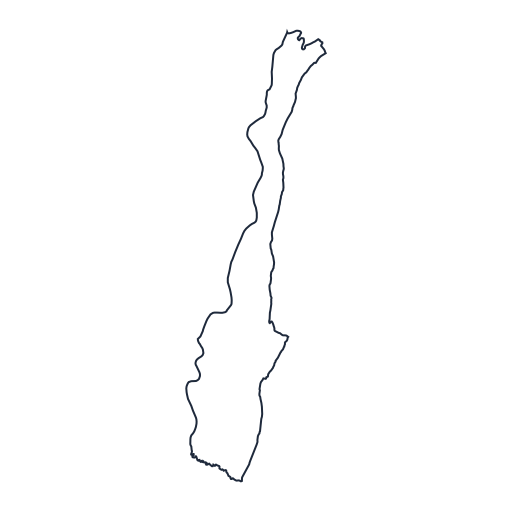 Suaréz, Tolima, Colombia
{"feature_id": "7082276B98647828485623", "entity_name": "Suaréz", "entity_type": "district", "adm_level": 2, "iso_a3": "COL", "parent_name": "Colombia", "parent_adm1": "Tolima", "projection": "natural_earth1", "projection_center": [-74.802, 4.081], "detail": "fine", "context": "isolated", "style": "outline", "palette": "slate", "viewbox_px": 512, "rotation_deg": 0, "n_neighbors": 0, "source": "geoboundaries", "source_scale": "gbopen_adm2", "svg_char_len": 5995}
<svg xmlns="http://www.w3.org/2000/svg" viewBox="0 0 512 512"><path d="M287.2,32.2L287.1,32.7L282.9,41.8L282.3,44.5L281.5,45.6L278.7,48.0L276.6,49.3L275.6,50.1L274.0,52.9L273.4,54.8L272.3,67.0L271.7,71.8L272.0,78.7L271.8,84.1L271.6,85.3L269.6,89.3L267.7,90.3L267.3,90.9L267.0,91.6L266.8,92.9L266.8,94.8L265.7,100.6L265.6,101.4L265.7,102.6L266.7,105.6L266.7,107.6L265.8,110.6L265.5,112.3L265.1,113.9L263.8,116.2L262.9,117.1L260.4,118.2L255.8,121.2L250.5,125.3L249.0,127.1L248.4,128.3L247.4,132.1L247.2,134.5L247.5,136.4L248.8,138.8L250.6,141.1L253.3,145.6L255.2,148.0L257.5,151.3L260.2,159.8L261.2,162.3L262.8,166.8L262.8,168.2L262.6,170.6L261.9,173.3L261.9,174.4L261.6,175.7L260.5,178.0L257.8,182.5L253.8,191.6L253.0,195.0L253.8,201.2L254.3,203.5L255.9,207.7L256.8,212.9L256.8,217.6L256.4,219.9L256.1,220.9L255.5,221.8L254.4,222.7L251.8,224.0L249.8,225.4L246.2,228.6L244.4,230.9L243.1,233.4L241.0,238.7L238.3,244.6L235.2,252.1L232.5,259.4L231.3,261.9L230.7,264.3L229.5,270.9L227.8,278.0L227.8,279.6L227.8,282.3L229.9,289.2L230.6,292.3L231.5,297.5L231.7,300.2L231.6,302.7L231.5,304.0L231.0,305.1L226.9,310.3L226.4,311.4L225.1,312.2L222.3,312.8L220.9,312.8L217.0,312.6L214.4,312.6L212.9,312.9L210.5,314.4L207.6,318.6L206.4,321.1L204.4,326.1L203.1,329.7L202.8,331.1L200.4,336.5L197.8,339.0L198.0,340.7L198.9,342.9L199.9,344.1L200.9,346.0L202.3,348.1L202.9,349.6L203.4,353.1L202.7,355.0L201.5,356.3L198.5,358.2L196.9,359.6L196.1,360.8L195.6,362.4L195.5,363.6L195.8,364.9L196.5,366.1L199.4,372.2L199.9,373.8L200.0,375.0L199.9,376.3L199.5,377.4L199.0,378.9L197.6,380.2L196.0,381.0L191.2,381.2L188.7,382.1L187.9,383.2L187.2,384.7L186.6,386.3L186.3,388.4L186.6,392.2L187.0,394.5L188.0,398.9L191.3,405.9L192.9,410.5L196.0,417.8L196.4,419.4L196.6,421.6L196.5,423.7L195.9,426.9L195.2,429.0L194.2,431.5L193.0,433.4L191.3,435.4L190.6,437.4L190.4,439.2L190.3,444.1L190.6,445.2L191.3,446.5L191.7,450.3L192.0,451.1L191.7,452.6L191.2,453.8L191.1,454.3L191.3,454.7L191.7,454.8L192.3,454.7L193.4,454.0L193.6,454.0L193.7,454.5L193.6,455.0L192.4,456.2L192.4,456.7L192.6,457.2L194.3,457.6L195.1,457.3L195.5,456.3L196.0,456.3L196.3,456.7L197.4,460.0L197.6,460.3L198.4,460.7L198.7,460.5L198.9,460.0L199.5,459.9L200.1,461.3L200.7,461.9L201.0,461.9L201.3,461.8L201.7,460.9L202.0,460.8L202.4,461.9L202.8,462.1L203.1,462.1L203.5,461.6L203.8,462.2L204.2,462.5L205.6,462.3L206.6,462.9L206.9,463.4L206.8,463.6L206.2,463.6L205.9,464.0L206.3,464.7L207.5,464.6L209.0,463.7L209.3,463.7L209.8,464.4L211.9,466.2L212.7,466.2L212.9,465.9L213.3,464.7L214.6,465.8L215.0,465.8L215.3,465.5L215.6,464.7L216.0,464.6L217.3,465.4L219.2,466.1L219.5,466.6L219.4,468.2L219.6,468.6L221.3,469.7L221.6,469.8L222.5,469.4L223.1,469.9L223.7,470.7L225.3,470.1L225.9,470.2L226.2,470.5L226.4,472.1L227.0,472.9L227.4,473.2L228.5,475.9L229.5,476.4L230.3,477.0L230.6,478.4L231.0,479.0L231.8,479.0L232.4,478.3L232.7,478.3L233.1,478.4L234.3,479.5L236.1,480.5L236.7,480.6L238.8,480.4L239.8,480.7L240.7,481.3L241.5,481.2L241.9,481.0L242.0,477.9L242.2,477.2L248.9,464.9L249.3,464.0L249.5,462.9L250.2,460.9L256.6,444.7L257.4,442.3L257.5,441.3L257.4,440.1L257.9,436.2L258.6,434.5L259.4,433.5L259.6,432.0L260.0,431.3L261.3,418.9L261.9,416.8L262.2,414.0L261.9,406.8L261.4,403.0L260.5,399.0L260.2,396.9L259.5,395.6L259.4,394.9L259.4,393.7L259.9,390.2L259.5,389.2L260.4,383.6L261.0,382.0L262.6,379.9L263.4,378.4L265.7,378.8L266.1,378.4L266.3,377.3L267.9,376.5L268.2,374.2L269.8,371.7L271.0,370.6L273.0,367.8L273.4,366.6L274.1,365.5L274.5,363.3L275.6,361.6L275.6,360.8L277.9,357.7L280.6,352.3L280.9,352.1L281.6,350.8L282.5,349.9L283.1,349.1L283.9,347.0L284.3,346.6L284.3,346.0L285.0,344.1L284.9,342.9L285.1,342.4L285.4,341.9L286.4,341.2L287.1,340.2L287.4,339.3L287.7,337.5L288.2,336.9L286.8,335.8L285.9,335.4L282.9,335.3L282.1,334.9L280.0,333.2L278.4,332.8L278.0,332.5L275.0,331.0L274.6,330.6L274.4,329.9L274.4,328.4L274.1,327.1L273.8,326.4L273.3,324.6L272.4,322.4L271.7,321.5L271.2,321.5L269.8,323.1L269.5,322.9L269.2,322.0L269.2,321.0L269.6,319.1L269.9,312.7L270.4,310.3L271.3,303.9L271.2,302.0L271.3,300.9L271.2,299.4L271.5,298.2L271.5,297.7L270.6,295.7L270.4,293.3L269.7,289.7L269.4,285.9L269.7,284.6L270.3,283.7L270.5,283.2L271.0,279.5L271.1,278.0L270.8,275.9L271.2,272.6L271.5,271.7L272.4,270.6L272.9,269.1L273.5,268.2L273.7,266.1L274.0,264.4L274.1,262.4L273.1,256.4L271.9,253.6L271.3,249.8L270.7,248.4L270.3,244.0L271.0,242.0L272.0,240.5L272.3,238.7L271.9,234.7L271.9,232.3L273.8,226.1L274.8,222.3L278.1,212.1L278.7,209.6L279.3,205.6L279.7,204.5L280.2,200.7L280.9,197.8L280.9,196.4L281.8,194.0L282.0,192.2L283.2,190.2L283.3,188.8L283.5,187.6L283.3,182.9L282.9,179.7L283.4,178.1L283.4,176.9L283.3,175.8L283.0,174.5L282.9,172.7L283.2,171.1L283.7,169.3L283.8,168.3L283.5,166.3L283.4,163.8L282.3,158.6L279.9,153.3L278.9,150.1L278.8,148.7L278.9,146.0L278.6,143.6L278.7,142.9L278.4,142.2L278.3,140.5L278.8,139.1L280.3,136.8L281.6,134.1L282.7,129.8L285.8,122.2L287.7,118.4L291.7,111.8L292.3,109.5L292.4,108.3L292.7,107.4L293.3,106.2L293.5,105.4L295.0,102.0L295.6,99.4L295.9,98.3L295.9,97.0L295.6,93.6L296.9,89.9L297.2,87.9L297.9,86.2L298.7,84.7L299.2,83.0L300.9,79.9L301.9,77.3L304.7,73.5L306.0,72.6L306.7,71.8L307.7,70.3L308.1,69.9L309.4,67.8L310.9,65.9L312.3,64.8L314.0,63.0L314.4,62.8L315.8,62.9L318.6,58.5L319.5,57.5L321.0,56.1L325.7,53.2L325.0,51.7L324.7,50.6L323.9,49.2L321.2,45.9L321.4,45.7L321.4,44.7L322.4,43.3L322.3,42.3L320.4,41.3L319.7,40.5L319.8,40.3L318.9,39.6L318.3,39.6L318.1,39.3L314.8,41.6L313.2,42.3L311.7,43.2L309.6,44.2L306.1,45.4L305.6,45.7L305.1,46.6L304.9,48.3L303.8,49.3L303.0,49.4L302.2,48.9L302.0,48.5L301.9,47.5L302.7,44.8L303.5,43.3L303.9,42.0L303.9,39.9L303.7,38.7L303.5,38.4L302.3,38.2L301.6,38.1L301.0,38.4L300.4,38.8L299.3,40.2L298.9,40.1L298.6,39.9L298.0,39.2L297.8,38.6L297.8,37.9L298.0,37.5L299.6,35.9L300.4,34.1L300.9,33.4L301.1,32.9L301.1,32.6L300.6,31.7L300.3,31.4L298.8,30.9L297.2,30.7L296.2,30.8L293.1,32.2L291.1,32.9L289.4,33.3L288.3,33.3L287.8,33.0L287.4,32.7L287.2,32.2Z" fill="none" stroke="#1e293b" stroke-width="2"/></svg>